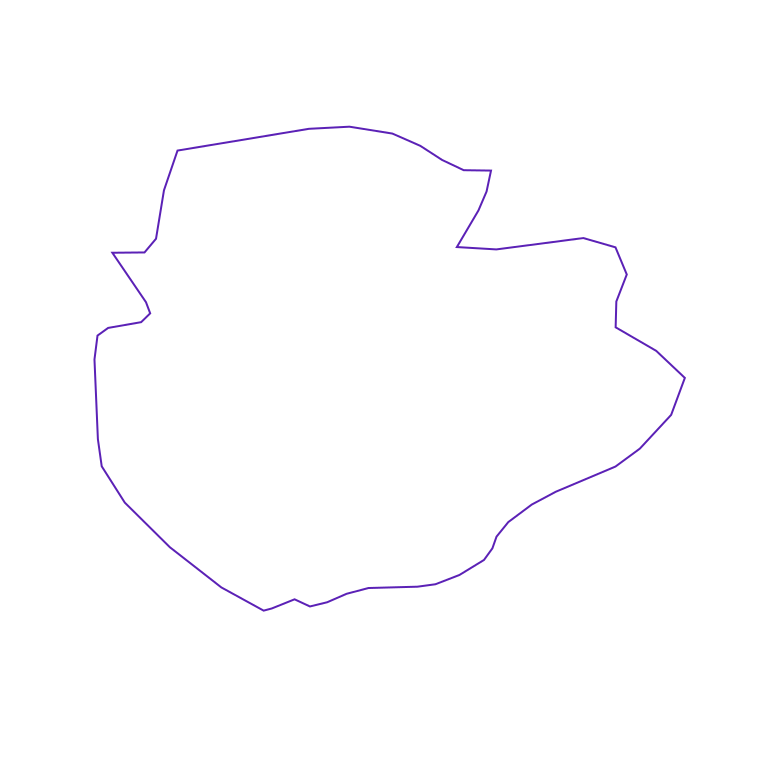 map outline of Addis Ababa (Robinson projection), rotated 282°
{"feature_id": "ETH-3133", "entity_name": "Addis Ababa", "entity_type": "Administrative State", "adm_level": 1, "iso_a3": "ETH", "parent_name": "Ethiopia", "parent_adm1": "", "projection": "robinson", "projection_center": [38.784, 8.965], "detail": "fine", "context": "isolated", "style": "outline", "palette": "violet", "viewbox_px": 768, "rotation_deg": 282, "n_neighbors": 0, "source": "natural_earth", "source_scale": "10m", "svg_char_len": 810}
<svg xmlns="http://www.w3.org/2000/svg" viewBox="0 0 768 768"><g transform="rotate(282 384 384)"><path d="M455.9,91.0L462.9,122.4L478.7,130.8L527.7,128.5L569.4,133.5L618.0,257.5L628.5,296.7L630.7,340.1L624.5,370.0L615.2,394.3L609.7,417.5L615.0,444.3L593.6,444.3L573.4,440.3L533.1,426.8L539.0,465.9L568.2,548.6L565.8,582.0L541.6,598.7L513.0,594.1L487.6,598.8L473.0,643.4L452.5,677.0L413.5,671.3L374.0,647.7L351.4,627.6L314.3,574.4L296.8,553.6L274.8,534.3L258.1,525.8L245.8,524.2L232.7,518.4L212.9,497.5L198.8,475.9L192.7,458.9L181.2,411.2L171.0,391.0L158.7,373.8L151.0,357.8L154.8,341.3L141.1,320.9L137.3,313.4L151.2,267.2L179.8,208.5L214.1,155.1L244.8,125.0L270.6,115.6L347.8,95.7L371.8,93.7L381.5,102.5L394.0,133.6L404.5,140.6L414.5,134.2L455.9,91.0Z" fill="none" stroke="#5b21b6" stroke-width="2"/></g></svg>